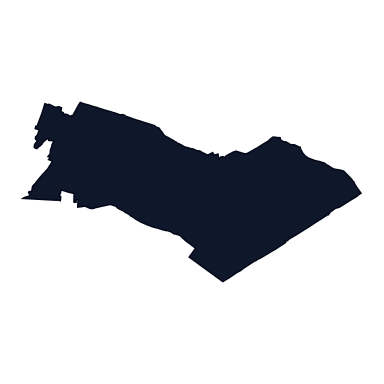 outline of Scaesti, Dolj, Romania
{"feature_id": "2599482B9301238192844", "entity_name": "Scaesti", "entity_type": "district", "adm_level": 2, "iso_a3": "ROU", "parent_name": "Romania", "parent_adm1": "Dolj", "projection": "orthographic", "projection_center": [23.539, 44.461], "detail": "fine", "context": "isolated", "style": "filled", "palette": "ink", "viewbox_px": 384, "rotation_deg": 0, "n_neighbors": 0, "source": "geoboundaries", "source_scale": "gbopen_adm2", "svg_char_len": 5935}
<svg xmlns="http://www.w3.org/2000/svg" viewBox="0 0 384 384"><path d="M361.0,193.2L357.0,187.6L356.3,186.6L355.2,184.8L354.9,184.3L354.3,182.9L353.9,182.1L352.9,181.1L351.9,179.7L351.2,178.8L343.8,171.2L343.1,170.9L342.2,170.6L340.0,170.1L333.8,169.0L330.9,167.4L329.8,166.6L328.7,165.9L327.9,165.5L327.3,165.3L324.3,163.0L323.2,162.7L318.5,161.3L315.3,160.7L308.5,158.1L307.0,157.2L304.9,155.6L302.7,153.0L301.9,151.5L301.2,150.1L300.3,148.5L300.3,148.0L300.3,147.2L299.2,147.2L297.2,146.0L296.6,145.8L295.8,145.5L295.1,145.1L294.5,144.8L293.6,144.7L293.0,144.7L292.1,144.8L291.2,144.6L290.2,144.3L289.2,144.0L289.0,143.6L288.5,143.2L287.6,142.9L287.0,142.5L286.4,142.0L285.6,141.8L285.1,141.9L284.9,142.2L283.9,141.7L282.8,141.3L281.4,140.5L280.4,139.5L280.3,138.1L280.1,137.7L279.8,137.6L277.4,137.6L276.5,137.4L275.0,137.2L272.8,137.1L270.4,139.0L268.1,141.2L265.6,142.6L263.0,144.2L257.1,148.0L255.2,148.9L251.2,151.3L248.8,152.6L247.1,153.5L245.9,153.8L244.0,153.6L241.5,152.9L239.1,152.1L237.7,151.8L237.1,151.5L236.6,151.2L235.1,151.5L233.2,152.1L231.4,153.1L229.5,154.0L227.9,155.0L226.6,155.6L225.7,156.2L225.3,156.9L224.8,157.2L223.7,157.2L223.4,156.9L222.5,156.6L220.9,157.0L220.4,157.4L219.7,158.5L219.0,159.6L218.4,156.4L218.0,154.1L214.2,155.2L212.6,152.6L211.7,153.1L210.4,153.7L208.3,154.9L207.8,154.9L207.4,155.0L205.3,154.0L204.0,153.3L202.5,152.7L202.0,152.4L201.0,151.6L200.6,151.4L200.0,151.1L198.9,150.8L197.1,150.7L196.7,150.6L195.3,150.0L194.5,149.5L193.6,149.2L192.7,148.9L190.3,148.5L189.9,148.4L188.1,147.7L185.8,147.3L184.8,146.8L184.3,146.7L183.2,146.1L181.3,144.9L179.8,144.2L178.7,143.6L178.2,143.4L176.9,143.0L176.5,142.7L176.4,142.3L176.3,142.1L176.0,142.1L175.6,142.0L174.3,141.1L172.5,139.9L170.7,139.1L170.4,139.0L170.0,138.6L169.6,138.3L165.3,136.1L164.8,135.8L163.9,134.9L163.0,133.7L162.5,132.7L161.5,131.4L160.1,129.8L159.6,128.8L159.3,128.4L159.1,128.2L158.6,127.9L156.8,127.4L155.8,126.9L155.5,126.7L154.9,126.2L154.7,125.7L148.1,123.6L147.2,123.3L145.1,122.7L141.0,121.4L140.4,121.1L138.1,120.5L133.5,119.0L131.1,118.1L125.8,116.3L125.3,116.0L124.8,115.6L124.6,115.3L124.4,115.0L123.6,115.1L122.6,114.6L121.5,114.7L120.5,114.8L119.9,114.8L119.4,114.6L117.3,113.8L115.3,113.1L114.8,113.0L112.1,112.2L111.1,111.8L107.0,110.7L104.5,110.0L101.9,109.1L100.0,108.6L99.2,108.3L97.0,107.5L94.0,106.7L89.8,105.4L88.0,104.8L85.8,104.3L82.0,103.1L81.6,103.0L81.3,102.8L80.3,102.4L78.3,105.5L73.2,114.8L72.5,116.3L71.7,115.6L70.7,116.6L69.4,115.7L67.7,114.8L65.1,114.1L64.7,114.8L64.5,115.1L63.8,114.7L63.7,114.5L63.5,113.5L63.2,112.9L63.1,112.6L62.4,112.3L61.4,111.9L60.9,111.2L61.1,110.1L61.3,108.5L61.5,107.8L59.1,106.8L58.0,106.8L56.9,107.1L55.6,107.3L53.9,106.7L49.2,104.3L48.3,104.5L48.2,105.1L47.1,104.8L46.7,104.4L46.4,104.1L44.9,103.7L42.3,112.3L41.8,113.8L37.0,126.5L35.9,126.2L35.2,128.6L39.5,129.9L39.0,131.0L38.5,131.8L37.9,134.0L37.2,135.3L35.5,137.0L36.0,137.7L35.3,138.7L37.5,141.2L36.8,141.7L35.7,143.1L35.2,143.6L34.8,144.3L34.5,144.9L34.5,145.7L34.2,147.0L34.7,147.7L35.5,148.2L36.3,148.5L36.9,148.6L38.5,147.0L39.5,146.2L40.3,145.8L41.4,144.4L42.4,143.7L42.0,143.0L43.0,142.2L46.9,138.8L48.5,139.0L48.7,140.4L54.1,140.9L53.8,141.7L53.2,142.4L52.8,143.1L52.4,144.0L52.0,144.9L51.9,145.6L51.7,146.8L50.7,149.2L50.4,150.1L50.3,152.2L50.3,152.9L50.2,153.7L49.0,155.4L48.0,156.6L48.6,156.8L50.2,157.1L49.7,158.0L48.6,159.6L52.5,161.1L52.2,161.6L50.3,164.9L49.8,165.5L48.2,168.2L47.5,169.2L46.5,170.3L45.7,171.0L45.0,172.0L43.0,174.0L39.4,178.2L36.3,182.0L35.1,183.8L34.2,184.4L33.4,185.4L33.4,185.9L33.0,185.9L32.5,186.7L32.6,187.3L32.8,187.5L32.4,187.5L31.6,191.7L31.3,191.6L30.5,191.5L29.5,191.6L29.0,191.8L28.7,192.1L28.6,192.5L28.9,193.2L29.7,194.6L29.7,195.1L29.5,195.6L29.0,196.1L28.3,196.4L26.1,197.0L24.7,197.4L23.0,198.4L55.7,200.2L57.9,200.2L58.1,200.2L58.4,200.2L59.5,200.4L60.3,200.7L60.6,198.6L60.5,198.1L60.7,196.7L59.5,196.3L59.9,194.4L60.5,192.8L60.6,191.9L61.1,190.0L61.8,190.1L67.9,192.0L74.1,193.5L73.9,202.0L74.2,202.3L74.9,202.1L75.3,202.1L75.8,202.3L76.1,202.3L76.2,199.7L78.1,199.6L77.7,207.1L81.5,206.7L83.6,206.3L84.9,206.3L85.6,206.4L86.2,206.6L88.0,207.5L89.1,207.9L90.2,208.4L91.2,208.5L92.4,208.5L94.2,208.2L94.2,207.9L98.1,207.1L101.4,206.3L107.6,205.0L109.5,204.6L110.2,204.5L111.3,204.7L112.2,205.0L113.3,205.4L114.5,205.7L115.9,206.2L117.6,207.9L118.4,208.4L119.1,208.9L120.0,209.3L121.0,209.7L121.7,210.2L122.4,210.4L124.2,211.4L124.7,212.0L126.0,212.7L128.0,213.7L129.8,215.0L130.4,215.7L130.8,215.6L131.0,216.0L134.3,218.0L135.6,219.0L136.9,219.8L138.9,220.9L141.7,222.5L143.1,223.0L144.4,223.6L148.1,225.2L150.0,225.8L150.9,226.2L152.6,226.9L154.4,227.3L155.9,227.7L158.0,228.2L159.6,228.8L160.2,228.9L162.6,229.7L163.3,230.0L163.7,230.0L165.6,230.4L166.3,230.7L167.2,230.5L168.6,231.0L170.9,231.8L171.9,232.4L172.5,232.9L174.3,233.9L175.2,234.1L175.5,234.0L175.9,234.0L176.5,234.2L177.2,234.6L178.1,234.7L178.5,234.8L180.2,235.7L181.0,236.3L181.3,236.7L181.8,236.9L182.0,237.4L185.5,240.6L193.6,246.7L195.1,247.9L195.5,248.4L189.2,257.1L222.8,281.6L230.0,277.2L236.4,272.8L237.7,272.0L238.9,271.5L240.4,270.7L241.8,269.6L243.0,268.6L246.0,266.6L254.7,260.9L255.0,260.8L255.7,260.8L255.9,260.7L256.9,259.8L257.9,259.1L259.0,258.8L261.4,257.5L273.0,250.5L274.1,250.0L285.3,242.7L285.5,242.5L285.4,241.2L287.7,240.6L287.8,240.5L287.8,240.4L287.5,240.0L296.9,234.4L306.2,228.5L308.4,227.2L316.8,221.6L322.0,218.4L326.4,215.5L327.9,214.6L328.2,214.8L328.4,214.5L329.7,213.0L330.0,212.6L330.2,212.1L330.3,211.5L330.3,211.3L330.5,211.1L331.5,211.1L331.8,211.1L333.7,209.4L335.1,208.6L337.2,207.7L338.0,207.5L338.5,207.5L338.9,207.4L339.8,206.9L343.4,204.7L345.4,203.4L350.5,200.2L351.1,199.8L351.9,199.4L353.7,198.2L354.6,197.7L355.1,197.4L355.6,197.3L355.8,197.2L356.0,196.9L356.2,196.7L356.4,196.6L356.5,196.4L356.8,196.3L357.1,196.2L357.4,196.0L357.7,195.5L357.7,195.3L358.4,195.0L361.0,193.2Z" fill="#0f172a" stroke="#020617" stroke-width="1.5"/></svg>